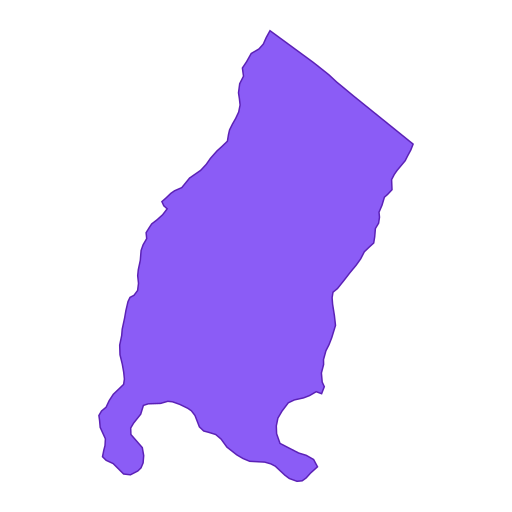 Santa Isabel do Ivaí, Paraná, Brazil
{"feature_id": "56859067B87953523218993", "entity_name": "Santa Isabel do Ivaí", "entity_type": "district", "adm_level": 2, "iso_a3": "BRA", "parent_name": "Brazil", "parent_adm1": "Paraná", "projection": "robinson", "projection_center": [-53.253, -23.11], "detail": "fine", "context": "isolated", "style": "filled", "palette": "violet", "viewbox_px": 512, "rotation_deg": 0, "n_neighbors": 0, "source": "geoboundaries", "source_scale": "gbopen_adm2", "svg_char_len": 2129}
<svg xmlns="http://www.w3.org/2000/svg" viewBox="0 0 512 512"><path d="M310.4,473.2L317.5,466.8L313.6,459.5L306.2,455.3L298.6,453.0L280.0,443.4L276.6,433.7L276.3,425.9L277.9,418.1L282.0,411.1L288.3,402.8L294.4,399.9L303.5,397.9L309.5,395.6L316.2,391.7L321.6,393.7L324.3,386.7L322.2,382.1L321.4,373.0L323.6,364.5L323.5,359.6L325.9,350.8L329.0,344.7L331.7,337.8L335.5,325.4L334.4,315.6L332.6,304.2L332.1,297.7L333.0,292.2L337.5,288.5L344.6,279.6L350.0,272.6L356.3,265.0L360.7,258.8L364.3,251.8L369.3,247.0L373.7,243.0L374.7,236.8L375.4,228.5L378.6,223.2L379.5,217.2L379.0,212.2L382.0,205.2L384.4,197.2L387.7,194.3L392.0,189.7L391.6,179.6L394.3,174.4L397.0,170.5L401.1,165.6L405.2,160.7L407.4,156.3L410.8,150.0L413.1,144.1L353.4,95.9L340.4,85.1L336.6,82.0L329.0,74.9L324.5,71.3L313.4,62.5L270.0,30.7L266.3,37.4L263.3,44.1L258.9,49.0L251.2,53.5L246.6,61.7L242.4,68.0L243.5,76.2L239.7,83.7L238.5,92.8L239.4,98.7L240.1,105.0L238.7,112.0L235.7,118.4L232.5,124.0L229.6,129.8L228.5,134.5L227.4,141.2L221.7,146.7L217.1,150.8L210.4,158.4L206.3,164.3L200.7,170.3L189.6,178.0L181.8,187.6L174.5,190.8L170.9,193.3L166.1,197.9L161.9,201.6L163.8,205.8L167.2,208.8L162.6,214.8L156.8,220.0L151.7,223.9L149.0,228.0L146.1,232.7L146.7,238.6L143.1,244.8L141.1,250.5L140.3,260.4L138.3,269.7L137.7,275.7L138.5,283.4L137.6,290.5L134.0,295.3L130.0,297.4L128.0,301.6L125.9,310.6L124.6,318.1L122.2,329.2L121.7,335.5L119.7,345.1L120.0,354.8L122.3,364.2L123.7,372.2L124.4,379.1L123.6,384.4L113.3,394.3L109.2,400.6L106.1,407.2L101.5,411.0L98.9,415.5L99.6,420.7L100.2,427.4L105.4,438.8L105.0,445.6L103.8,450.2L102.5,456.7L106.1,460.3L113.2,463.6L123.6,474.0L130.4,474.8L137.8,471.0L141.0,467.9L143.1,462.9L143.7,455.6L142.3,447.6L130.9,434.5L130.7,428.0L133.6,423.1L140.7,414.2L143.4,405.4L148.3,403.8L160.6,403.4L167.8,401.3L172.5,401.8L179.8,404.4L187.8,408.3L191.4,410.8L195.0,415.5L199.4,426.9L203.7,431.0L208.6,432.3L215.7,434.5L221.1,439.1L226.9,447.1L236.7,454.8L243.0,458.5L249.7,461.3L264.7,462.1L270.9,463.9L275.3,466.2L285.0,475.3L289.3,478.5L297.0,481.3L302.2,480.8L306.2,477.9L310.4,473.2Z" fill="#8b5cf6" stroke="#5b21b6" stroke-width="1.5"/></svg>